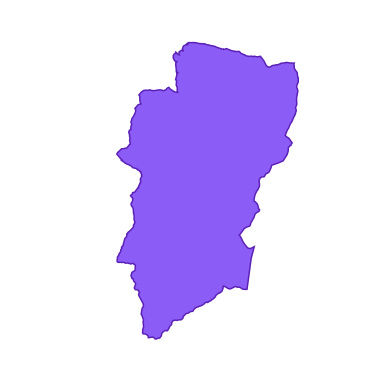 the district of Borsa, Maramures, Romania, rotated 106°
{"feature_id": "2599482B59902252532160", "entity_name": "Borsa", "entity_type": "district", "adm_level": 2, "iso_a3": "ROU", "parent_name": "Romania", "parent_adm1": "Maramures", "projection": "orthographic", "projection_center": [24.861, 47.649], "detail": "fine", "context": "isolated", "style": "filled", "palette": "violet", "viewbox_px": 384, "rotation_deg": 106, "n_neighbors": 0, "source": "geoboundaries", "source_scale": "gbopen_adm2", "svg_char_len": 5998}
<svg xmlns="http://www.w3.org/2000/svg" viewBox="0 0 384 384"><g transform="rotate(106 192 192)"><path d="M176.3,274.7L180.1,269.1L181.0,268.8L181.2,268.2L180.7,267.7L181.7,266.9L181.9,265.6L182.5,264.9L182.5,264.1L183.1,262.6L183.1,260.5L183.6,259.2L183.6,258.0L185.0,255.4L184.9,254.9L184.8,251.8L185.1,251.5L185.1,251.0L185.8,250.4L185.7,249.7L186.1,248.1L186.8,247.7L186.7,246.9L187.3,246.7L187.5,246.2L188.5,245.8L188.9,245.3L189.8,245.2L190.2,244.8L190.8,244.9L191.4,244.6L192.8,245.1L194.5,245.1L195.1,244.5L196.1,244.4L196.5,244.0L197.4,244.2L198.1,244.6L198.7,244.2L199.4,244.6L202.0,245.0L202.3,244.7L202.9,245.2L203.3,245.0L204.6,245.9L207.3,246.7L208.2,247.4L208.9,248.9L210.7,248.9L211.3,249.5L212.4,250.1L212.9,249.7L213.8,248.0L214.2,247.8L214.7,247.0L217.3,246.7L219.9,247.4L221.8,246.6L222.3,245.8L224.2,243.9L228.7,242.3L230.9,241.0L233.3,240.5L234.3,239.9L234.9,239.9L236.4,238.7L237.7,238.7L238.2,238.4L239.0,238.9L240.3,239.1L241.3,238.6L243.2,239.2L246.0,240.7L248.6,242.5L249.6,242.5L250.0,243.1L252.3,242.6L254.0,243.0L255.1,243.7L261.1,243.7L262.2,243.4L264.2,244.5L264.6,244.5L265.1,243.9L267.3,244.5L268.7,244.1L271.7,245.1L273.1,245.0L274.3,245.6L275.4,245.7L276.4,245.3L277.9,245.3L279.1,244.9L279.8,244.5L280.0,243.4L279.4,241.9L279.2,240.5L278.4,238.0L278.4,237.5L278.8,236.6L277.9,233.9L278.1,233.0L277.9,232.1L278.1,231.0L277.0,229.6L276.8,229.0L277.4,228.1L277.3,227.6L278.2,226.2L282.8,225.2L283.4,225.4L285.8,227.6L289.2,227.6L291.8,225.7L291.5,224.9L293.8,223.4L294.7,221.8L295.5,221.0L296.6,220.8L299.6,221.1L300.2,221.0L301.5,219.5L301.1,217.8L301.3,216.6L302.3,215.8L302.7,214.8L305.0,215.2L306.4,214.4L312.3,208.6L313.9,207.6L315.4,207.2L317.0,207.8L318.7,207.8L323.4,207.2L324.1,206.6L324.2,206.1L325.5,205.4L328.2,203.4L330.4,203.2L334.8,201.4L337.9,201.4L341.0,200.7L341.8,199.9L341.6,199.2L341.4,197.9L341.8,195.6L342.5,194.6L344.1,193.8L344.0,193.4L342.4,190.3L342.4,188.2L343.3,187.3L343.4,186.8L342.8,185.3L342.0,184.7L341.6,183.4L340.8,182.5L338.9,181.9L335.9,182.0L335.2,181.7L333.2,180.3L332.5,179.4L332.3,178.7L332.4,177.8L332.0,177.3L328.6,176.4L327.6,176.5L325.0,175.1L323.3,175.5L322.0,175.0L321.0,174.9L319.8,172.9L319.5,170.8L318.8,170.0L317.7,167.0L315.6,165.9L314.0,166.2L312.1,164.9L311.1,164.7L309.7,162.9L309.3,162.0L308.6,161.6L307.2,160.2L306.5,158.4L303.4,157.4L302.8,156.7L301.3,155.8L300.7,154.2L300.3,154.0L298.7,151.8L296.7,149.8L294.9,149.0L294.4,148.0L293.8,147.5L293.9,146.5L291.8,144.7L291.4,143.9L290.3,143.5L289.0,142.2L286.4,140.7L285.4,140.7L284.3,140.2L282.2,138.8L281.9,138.1L281.4,137.8L280.8,136.9L280.1,136.8L279.3,135.9L275.8,135.6L274.4,136.1L273.9,135.9L273.7,135.6L274.0,134.0L274.0,133.4L274.8,130.6L274.8,129.2L274.3,128.0L271.9,125.5L270.8,124.1L271.0,122.4L270.4,119.7L271.4,116.6L271.1,114.6L270.4,112.3L239.5,116.8L227.4,117.1L230.2,120.1L230.5,122.0L230.3,123.2L227.7,127.0L226.0,129.0L221.3,133.3L220.4,134.8L219.1,134.0L212.8,131.7L210.8,130.0L208.9,127.2L207.5,126.8L205.7,126.9L199.3,125.4L196.0,125.3L194.1,124.3L192.8,122.9L191.7,122.1L190.5,122.1L189.6,123.4L186.3,125.3L185.3,126.2L183.8,128.8L183.7,129.6L182.7,130.2L177.5,130.7L173.2,130.0L171.7,129.3L168.1,128.8L166.1,129.2L162.5,130.7L160.8,130.5L159.5,130.1L158.2,128.9L157.4,126.8L154.0,125.9L152.8,124.3L151.4,123.4L146.8,122.7L145.1,122.9L144.2,122.6L140.2,116.9L136.8,112.9L129.9,110.9L126.2,110.8L122.8,111.6L120.5,110.5L119.9,109.8L118.6,109.7L117.5,109.3L116.8,109.5L115.6,111.5L114.7,112.2L113.8,113.5L113.4,114.3L112.7,116.8L111.7,118.0L105.9,117.4L104.3,116.8L99.7,116.3L95.9,115.2L93.3,115.0L88.7,114.1L86.8,114.3L85.1,114.1L82.4,115.7L79.0,115.4L73.3,117.3L65.7,118.1L63.7,119.2L62.8,120.1L61.2,120.6L56.9,120.2L52.8,121.4L52.4,122.0L48.1,123.9L46.0,126.7L44.6,127.9L42.8,128.4L41.4,129.2L39.9,129.2L40.9,133.0L41.4,136.9L42.6,139.1L43.7,142.0L44.4,142.4L45.0,143.4L46.3,144.7L46.4,146.2L47.5,147.6L47.9,149.0L49.0,150.4L49.7,150.7L50.8,152.3L50.6,153.9L50.8,154.2L49.5,155.9L46.1,159.1L42.7,163.6L42.9,164.2L43.5,165.0L43.7,165.9L44.0,166.3L44.3,167.7L44.2,168.9L44.8,170.6L45.1,170.6L45.3,171.1L45.0,171.5L45.2,173.0L45.9,174.3L46.0,176.0L46.2,177.0L45.8,178.3L45.8,179.1L45.5,179.6L45.6,180.1L45.3,182.8L45.1,183.5L44.4,184.3L43.9,185.7L44.4,186.8L44.4,187.3L44.8,188.1L44.9,189.6L45.3,190.0L45.0,190.5L45.2,191.0L45.1,192.7L45.3,193.2L44.9,195.2L45.0,196.7L44.7,197.4L44.7,198.5L45.9,200.2L46.2,200.9L45.9,201.3L46.3,201.6L46.3,202.5L46.4,202.8L46.1,203.5L46.3,204.8L46.0,207.2L46.2,207.9L45.7,209.9L45.9,210.5L45.7,211.5L46.1,214.0L46.0,215.2L46.2,215.6L46.0,216.4L46.4,218.3L46.0,220.9L46.3,221.4L47.3,226.1L47.5,230.1L48.2,232.6L49.2,236.0L49.9,236.5L49.7,236.7L50.3,237.0L50.3,237.5L50.7,237.8L51.2,237.1L51.5,237.4L51.8,237.1L52.0,237.9L52.0,238.3L53.7,240.2L54.3,240.5L56.9,240.7L58.2,239.7L58.9,239.5L58.9,240.1L58.6,240.7L58.6,241.1L59.4,241.9L61.2,243.1L63.7,241.9L63.7,242.9L63.3,244.2L62.5,244.9L62.4,245.5L61.9,246.3L62.1,246.4L62.5,245.8L63.1,245.7L64.4,247.2L66.1,247.6L68.4,246.9L70.4,245.1L71.3,243.6L71.0,243.1L71.0,242.5L71.9,243.2L73.9,242.8L79.1,240.7L79.9,240.1L79.7,240.6L79.9,240.6L80.6,240.2L80.9,239.5L81.0,240.0L81.2,239.9L81.4,238.7L82.0,239.4L82.3,239.3L82.0,239.1L82.2,238.9L88.6,238.7L88.6,238.4L88.9,237.7L92.1,236.9L93.3,236.8L96.0,234.8L99.1,234.1L100.1,233.2L100.6,235.7L100.1,237.7L100.1,238.3L99.5,239.6L99.4,240.6L97.8,243.2L98.9,244.3L100.6,245.2L102.2,246.8L102.6,247.9L102.4,249.0L102.6,249.6L102.5,250.2L102.9,251.8L105.2,256.7L105.6,259.6L105.4,260.5L105.9,261.6L106.6,262.6L106.7,264.2L107.8,266.6L110.2,268.4L113.4,269.8L114.3,268.7L119.0,267.1L120.7,266.0L121.1,265.4L121.6,265.4L122.4,267.1L123.3,268.0L127.3,269.9L127.6,269.3L130.5,268.3L135.3,269.1L138.0,270.0L140.0,269.8L141.2,270.1L142.2,269.7L143.1,268.7L146.1,268.7L147.8,268.4L148.8,267.9L150.0,269.2L151.9,269.3L154.6,267.6L155.3,267.6L157.2,266.5L159.6,266.2L162.9,264.4L163.2,265.0L167.5,266.7L169.3,269.9L169.8,271.5L174.1,274.1L175.2,274.6L176.3,274.7Z" fill="#8b5cf6" stroke="#5b21b6" stroke-width="1.5"/></g></svg>